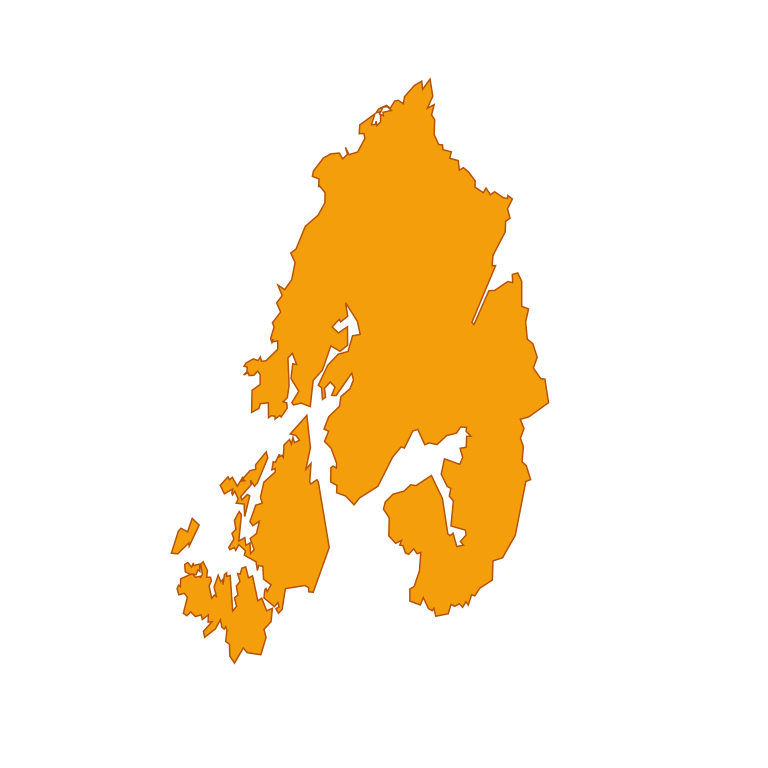 Farsund nor, Vest-Agder, Norway (Robinson projection), rotated 104°
{"feature_id": "86288312B34679713059782", "entity_name": "Farsund nor", "entity_type": "district", "adm_level": 2, "iso_a3": "NOR", "parent_name": "Norway", "parent_adm1": "Vest-Agder", "projection": "robinson", "projection_center": [6.828, 58.134], "detail": "fine", "context": "isolated", "style": "filled", "palette": "amber", "viewbox_px": 768, "rotation_deg": 104, "n_neighbors": 0, "source": "geoboundaries", "source_scale": "gbopen_adm2", "svg_char_len": 6170}
<svg xmlns="http://www.w3.org/2000/svg" viewBox="0 0 768 768"><g transform="rotate(104 384 384)"><path d="M362.3,219.8L340.3,229.1L340.9,233.2L332.3,242.9L321.0,241.8L308.8,249.4L305.8,255.8L289.5,261.6L276.2,261.9L275.3,269.2L251.1,275.2L243.9,281.1L246.7,286.0L254.5,283.7L254.7,288.8L266.4,299.2L268.1,304.8L304.7,311.1L302.9,313.6L242.1,304.4L243.0,307.6L233.0,309.4L207.2,303.2L196.7,305.3L192.6,301.8L184.0,306.6L173.5,304.2L171.1,309.4L174.0,309.0L174.5,312.8L170.7,323.2L174.7,326.5L169.2,332.4L174.4,333.9L170.9,343.4L164.9,344.6L157.7,353.5L154.9,359.3L158.3,362.6L149.3,366.0L149.1,374.9L142.5,374.8L142.4,383.5L137.8,385.1L138.4,388.8L130.0,395.6L115.2,398.8L111.5,402.9L100.8,402.9L105.9,408.6L92.9,406.3L77.0,413.1L88.8,417.8L81.0,420.7L87.0,426.8L100.2,433.6L107.4,433.0L105.3,438.8L106.8,442.0L114.9,444.6L113.0,449.0L118.4,455.7L122.9,457.3L120.7,453.2L123.9,453.7L115.6,451.9L114.1,447.6L116.8,443.0L120.6,450.7L123.8,449.5L123.5,452.6L130.3,450.7L135.1,453.4L130.9,455.2L134.4,455.3L135.4,458.9L124.1,458.2L138.5,470.2L147.2,468.6L145.8,464.1L150.4,461.9L165.3,465.7L169.9,473.4L163.7,478.7L169.9,475.0L175.6,478.6L170.7,483.2L173.5,491.2L179.4,497.5L194.5,504.0L199.9,503.7L200.8,496.7L208.9,495.0L207.1,494.8L212.7,487.4L222.6,485.2L236.2,488.8L250.0,498.5L274.4,502.0L279.5,506.2L287.7,499.6L305.2,498.8L316.4,503.2L313.7,510.9L322.8,504.2L331.3,507.8L339.2,501.7L351.7,507.1L355.2,504.4L367.3,505.1L370.8,502.8L367.0,502.6L370.1,502.3L367.9,497.6L375.9,495.5L390.0,504.1L391.6,508.3L387.7,510.5L391.8,512.0L391.2,516.9L396.9,522.8L400.7,524.2L400.7,520.8L405.2,519.9L409.2,522.4L406.1,518.5L408.4,516.9L407.1,512.5L402.1,509.7L405.0,506.4L414.4,504.1L422.1,510.5L443.6,505.6L438.1,499.5L433.0,499.2L430.2,491.7L444.6,487.9L442.0,485.6L441.7,481.9L444.4,481.2L439.8,477.6L441.0,475.8L430.9,472.1L425.9,473.7L425.7,477.6L420.7,474.5L408.5,475.7L382.0,483.5L376.4,480.3L386.3,473.5L386.4,477.4L401.1,475.6L411.7,464.9L424.3,468.9L426.2,466.7L422.6,460.0L423.8,450.1L397.7,453.6L385.4,447.1L359.9,444.8L362.9,434.6L355.2,428.7L337.3,433.3L345.5,440.6L341.2,448.1L332.1,443.1L334.2,441.1L327.0,435.6L314.5,440.9L329.5,425.1L341.6,419.1L344.9,426.2L361.2,426.8L366.1,435.6L379.3,443.1L401.1,447.5L402.6,443.8L413.8,439.9L411.0,437.5L402.4,440.7L395.1,436.6L398.8,430.8L407.7,432.0L406.8,427.7L381.2,417.9L387.6,414.6L396.9,415.9L406.7,422.8L416.4,421.8L429.1,429.7L442.3,431.3L443.1,426.3L454.1,427.8L459.2,419.7L472.4,410.8L477.1,409.9L475.9,413.5L478.0,415.3L492.0,412.0L493.8,405.1L500.9,403.7L502.0,394.2L508.5,383.8L500.4,380.1L484.8,365.2L452.9,358.0L440.8,352.1L441.2,348.7L422.6,344.7L419.9,340.2L433.1,329.7L430.2,326.0L430.0,317.9L418.9,310.7L414.2,301.9L407.2,299.2L406.0,293.4L410.1,292.9L413.7,287.0L414.8,291.2L425.4,288.9L428.0,294.6L436.3,289.9L443.6,291.1L442.0,307.2L457.6,306.7L468.1,297.9L469.1,293.9L477.1,293.5L480.6,288.4L505.5,284.7L506.1,269.6L510.7,267.8L518.3,271.8L521.1,267.9L524.1,274.0L512.0,281.0L515.2,283.2L514.0,285.8L481.0,299.6L461.3,315.9L474.8,328.4L475.4,333.8L483.1,338.6L488.6,348.5L498.2,354.2L505.5,354.3L512.6,346.5L530.2,342.6L535.8,334.2L531.6,329.2L536.5,329.7L536.3,326.5L542.8,322.3L543.3,318.9L536.7,315.2L540.7,311.0L538.5,307.5L556.7,304.4L573.2,305.8L576.8,309.3L588.4,306.4L589.6,295.3L581.8,294.2L591.1,286.5L592.3,282.4L589.5,281.3L596.8,277.6L591.4,266.1L581.8,265.7L582.6,261.5L578.9,257.7L581.6,253.7L575.4,251.8L578.1,248.8L567.3,248.0L567.6,244.6L558.8,241.6L548.0,231.4L529.3,235.5L523.9,226.9L499.1,220.0L444.3,222.8L441.3,218.6L428.8,226.2L426.1,231.2L411.2,233.6L403.5,238.5L393.3,237.4L385.3,243.2L380.9,235.6L362.3,219.8ZM603.2,402.3L555.9,397.6L494.7,424.1L493.1,425.9L498.7,430.9L497.0,432.4L478.7,435.6L485.6,439.2L463.5,440.0L433.1,451.3L455.2,462.9L455.2,457.1L459.0,452.3L462.5,456.7L458.0,459.4L464.7,459.3L460.7,462.2L467.2,466.3L479.5,464.0L477.9,465.7L480.2,468.2L478.0,468.0L477.9,468.6L486.3,470.5L486.2,472.7L494.4,472.0L492.3,469.2L495.7,468.2L508.3,476.8L523.7,476.5L529.2,473.3L532.5,479.1L550.0,480.8L553.2,477.0L547.3,471.7L560.1,471.6L566.3,476.5L576.1,469.9L580.8,472.5L570.6,475.6L574.0,479.0L566.7,481.9L571.5,486.9L545.4,490.7L542.8,493.7L552.6,496.1L560.9,492.5L565.7,495.4L570.8,492.1L580.2,495.1L582.0,493.5L578.9,489.6L581.3,487.6L575.0,486.0L579.3,478.1L583.9,478.1L587.5,465.1L595.7,461.7L590.6,461.8L590.2,457.4L602.5,453.7L606.1,445.0L613.5,447.1L610.9,449.1L612.6,449.9L620.6,448.7L626.6,436.5L621.8,434.1L625.6,431.9L628.2,434.5L631.9,430.9L627.2,428.3L606.4,430.2L598.7,412.0L599.8,407.9L603.9,406.8L603.2,402.3ZM628.6,438.0L632.4,443.0L621.4,450.8L624.9,454.0L602.0,465.1L604.8,468.6L594.8,474.0L597.2,477.4L603.2,477.5L603.3,480.2L610.4,476.0L615.8,478.4L624.2,474.7L627.6,477.4L635.3,473.3L640.9,475.9L607.0,486.9L608.8,490.0L605.2,491.0L607.5,492.7L617.7,491.7L612.8,493.1L615.3,494.6L609.6,498.6L622.1,499.8L630.6,495.3L629.8,497.4L633.6,499.4L622.3,504.8L616.7,503.9L613.5,505.6L614.3,509.3L607.7,510.2L600.2,516.5L603.3,518.2L612.6,514.2L616.8,515.3L614.8,515.4L617.1,520.1L614.7,523.8L614.6,520.3L609.3,519.6L610.5,517.3L603.3,519.3L606.3,525.1L603.6,525.6L608.2,526.4L604.7,531.2L607.3,533.7L614.3,531.4L615.6,525.7L622.2,534.2L630.0,532.5L628.9,534.5L632.5,535.3L638.2,532.2L635.4,527.0L638.6,523.2L655.2,523.2L656.5,519.2L651.9,516.3L655.3,510.8L652.3,505.6L656.5,503.3L650.5,498.6L657.6,497.1L656.3,493.4L667.7,499.3L673.2,496.8L662.3,488.3L652.4,485.7L659.4,482.3L660.5,479.8L657.8,478.9L660.6,476.9L672.1,475.3L673.9,471.0L685.2,467.9L691.0,461.5L674.2,456.7L677.8,451.6L676.5,438.0L658.4,437.1L651.1,441.1L642.0,436.1L628.6,438.0ZM483.8,478.9L478.3,481.9L493.7,489.1L497.8,487.8L500.5,493.1L510.5,498.2L508.7,498.4L508.8,498.7L511.8,499.5L510.5,497.8L511.5,495.7L513.1,499.9L518.6,501.7L511.2,508.6L514.2,510.7L511.8,512.9L521.9,518.4L529.2,512.3L522.6,505.5L526.8,505.3L528.3,504.1L524.1,503.0L530.8,497.6L535.4,498.6L534.3,490.7L546.4,487.1L525.0,487.2L524.3,489.9L530.8,493.8L528.1,495.8L513.8,488.5L509.7,490.3L514.6,484.9L510.5,482.9L483.8,478.9ZM588.5,533.8L565.6,529.2L560.8,537.6L575.0,538.8L573.1,546.1L576.5,547.9L599.6,549.4L598.7,543.1L585.5,534.9L588.5,533.8Z" fill="#f59e0b" stroke="#b45309" stroke-width="1.5"/></g></svg>